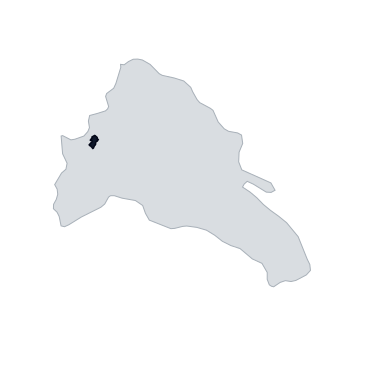 Juan Santiago, La Estrelleta, Dominican Republic (highlighted), rotated 29°
{"feature_id": "3306468B19325324705004", "entity_name": "Juan Santiago", "entity_type": "district", "adm_level": 2, "iso_a3": "DOM", "parent_name": "Dominican Republic", "parent_adm1": "La Estrelleta", "projection": "orthographic", "projection_center": [-71.601, 18.728], "detail": "fine", "context": "in_parent", "style": "filled", "palette": "ink", "viewbox_px": 384, "rotation_deg": 29, "n_neighbors": 0, "source": "geoboundaries", "source_scale": "gbopen_adm2", "svg_char_len": 3030}
<svg xmlns="http://www.w3.org/2000/svg" viewBox="0 0 384 384"><g transform="rotate(29 192 192)"><path d="M68.3,252.1L68.7,238.7L70.7,233.2L68.8,227.4L60.3,221.3L55.0,213.4L50.4,206.5L51.5,205.4L60.8,205.1L64.0,202.6L70.3,195.5L71.6,189.7L71.1,185.4L67.0,180.2L65.4,174.7L70.4,169.9L77.0,163.0L77.9,160.3L77.7,157.7L70.1,150.3L69.6,147.2L73.2,139.2L72.8,133.9L69.3,117.5L67.6,115.0L71.0,113.6L73.2,108.7L76.2,104.4L80.2,102.0L84.6,100.6L93.5,100.7L105.9,104.4L109.4,104.4L121.2,100.9L131.0,98.9L140.2,101.1L144.0,104.0L151.6,108.7L155.4,110.1L167.5,109.9L170.8,110.4L181.0,118.1L189.5,121.1L194.5,121.2L203.3,118.2L207.7,118.2L212.8,124.9L213.9,134.4L218.2,143.0L224.8,148.5L256.6,145.8L263.8,150.2L261.4,154.0L257.0,156.1L241.8,155.4L235.1,155.9L233.8,159.7L233.8,163.2L242.7,163.9L251.5,165.6L260.4,168.3L269.5,170.0L279.6,171.2L289.7,173.0L306.5,179.6L325.2,194.8L330.2,198.3L333.6,203.1L332.2,209.1L325.7,219.0L322.0,222.3L316.6,224.3L312.9,228.4L309.4,235.3L307.2,235.9L304.6,235.7L300.1,231.9L296.8,225.9L287.8,220.5L277.2,221.3L261.5,218.2L252.0,220.0L242.5,220.4L232.8,218.8L223.1,218.4L213.4,220.6L203.9,224.3L200.5,226.6L194.5,232.2L191.3,234.3L168.3,237.3L161.6,233.2L155.4,227.7L146.6,226.9L133.8,231.3L125.8,232.9L122.5,234.8L121.5,236.9L121.5,244.8L119.7,249.5L107.3,267.6L100.2,280.3L97.3,284.2L93.9,285.1L87.7,277.8L83.8,275.1L78.9,273.8L76.9,269.9L76.9,264.4L75.7,259.1L72.7,254.9L68.3,252.1Z" fill="#d9dde1" stroke="#a8b0b8" stroke-width="1"/><path d="M84.2,202.0L84.3,201.8L84.4,201.5L84.5,201.3L84.5,201.1L84.5,200.9L84.4,200.6L84.3,200.3L84.3,200.0L84.3,199.1L84.3,198.8L84.3,198.7L84.5,198.3L84.5,198.1L84.5,197.6L84.5,197.1L84.5,196.9L84.5,196.7L84.4,196.6L84.3,196.4L84.2,196.3L84.0,196.2L83.9,196.1L83.8,195.9L83.8,195.5L83.8,195.4L83.7,195.1L83.7,194.9L83.8,194.7L83.9,194.4L84.1,193.9L84.4,193.5L84.5,193.4L84.5,193.2L84.4,193.1L84.3,192.9L84.2,192.8L84.1,192.7L84.2,192.4L84.3,192.3L84.5,192.2L84.7,191.9L84.7,191.7L84.4,191.6L84.1,191.4L83.9,191.4L83.5,191.4L83.4,191.3L83.2,191.2L83.0,190.9L82.9,190.6L82.7,190.4L82.5,190.2L82.4,190.2L82.1,190.2L81.7,190.0L81.1,190.0L80.9,189.9L80.6,189.8L80.4,189.7L79.9,189.7L79.6,189.7L79.5,189.8L79.4,189.8L79.3,190.0L79.2,190.2L79.1,190.3L78.9,190.5L78.7,190.9L78.6,191.1L78.5,191.3L78.4,191.5L78.0,191.9L77.9,192.0L77.9,192.3L78.0,192.5L78.1,192.8L78.5,193.0L78.6,193.3L78.3,193.6L78.2,193.7L78.2,193.8L78.1,194.1L78.1,194.3L78.1,194.6L78.1,194.9L78.1,195.4L78.0,195.5L77.9,195.7L77.9,195.8L78.0,195.9L78.0,196.0L78.3,196.1L78.5,196.1L79.0,195.7L79.3,195.5L79.5,195.6L80.0,195.7L80.1,195.8L80.2,196.1L80.2,196.3L80.2,197.0L80.1,197.3L80.0,197.6L79.9,197.8L79.8,198.0L79.7,198.1L79.7,198.5L79.5,199.0L79.5,199.3L79.5,199.6L79.4,199.7L79.4,199.8L79.3,200.1L79.2,200.3L79.2,200.6L79.5,200.8L79.9,200.8L80.1,200.9L80.2,201.0L80.3,201.0L80.4,200.9L80.6,200.9L80.8,200.8L81.0,200.8L81.3,201.0L81.5,201.1L81.8,201.2L82.4,201.3L82.6,201.3L82.8,201.4L83.0,201.6L83.3,201.7L83.5,201.8L83.9,201.9L84.2,202.0Z" fill="#0f172a" stroke="#020617" stroke-width="1.5"/></g></svg>